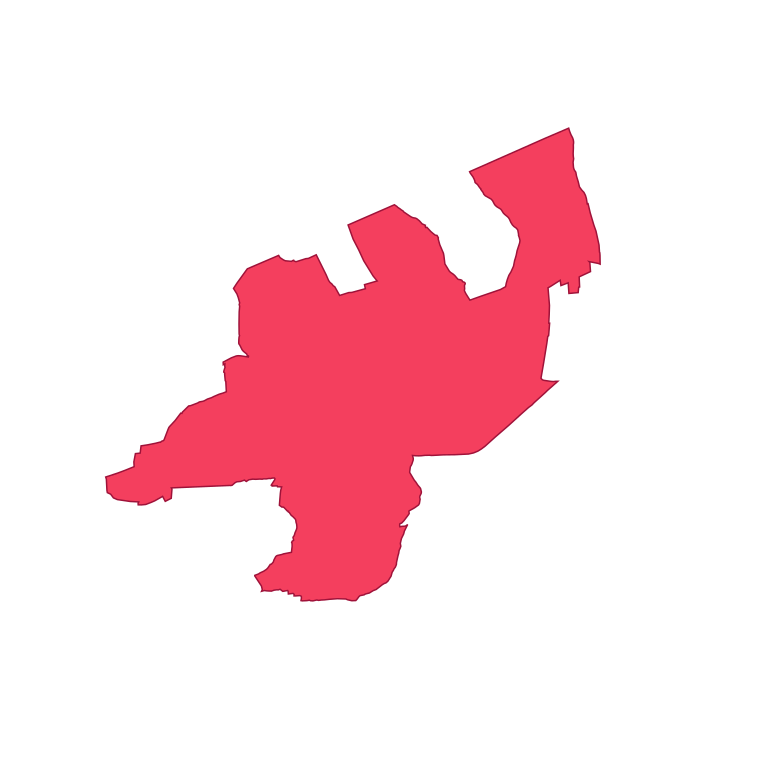 outline of Tepeyanco, Tlaxcala, Mexico, rotated 238°
{"feature_id": "50627088B29939751785966", "entity_name": "Tepeyanco", "entity_type": "district", "adm_level": 2, "iso_a3": "MEX", "parent_name": "Mexico", "parent_adm1": "Tlaxcala", "projection": "equal_earth", "projection_center": [-98.229, 19.247], "detail": "fine", "context": "isolated", "style": "filled", "palette": "rose", "viewbox_px": 768, "rotation_deg": 238, "n_neighbors": 0, "source": "geoboundaries", "source_scale": "gbopen_adm2", "svg_char_len": 6164}
<svg xmlns="http://www.w3.org/2000/svg" viewBox="0 0 768 768"><g transform="rotate(238 384 384)"><path d="M506.9,651.6L518.7,569.1L517.0,568.9L512.6,569.2L510.1,569.0L508.0,568.6L507.0,568.1L506.3,568.1L503.6,569.0L499.3,569.2L498.5,569.6L497.7,569.2L493.9,569.5L492.1,569.2L490.0,569.6L484.1,572.8L481.9,573.2L478.1,572.9L476.5,573.0L474.3,573.7L470.6,575.6L469.1,575.8L465.7,575.8L463.9,576.2L460.4,577.4L459.0,577.7L457.3,577.7L453.8,577.2L450.9,577.2L448.6,577.7L446.3,578.7L444.5,579.0L443.6,579.0L442.6,578.6L439.8,577.5L438.7,576.8L436.4,576.3L433.5,575.3L431.7,573.7L426.5,567.5L423.2,564.4L420.3,561.2L419.7,560.4L415.3,556.3L411.8,551.1L410.0,547.5L407.3,544.0L404.7,541.1L402.1,538.7L402.4,532.9L407.1,512.7L409.6,501.3L417.4,501.3L420.3,501.6L421.0,501.9L421.9,502.8L424.5,504.2L425.3,504.9L425.7,505.7L426.1,506.1L426.7,506.3L427.8,506.0L429.2,504.8L430.1,505.0L430.9,504.9L432.2,503.8L433.1,502.7L433.7,502.2L438.5,501.5L440.5,500.9L443.4,499.6L445.2,499.2L453.6,499.3L461.1,502.8L463.4,503.7L472.5,505.1L478.2,506.8L479.2,507.6L481.9,507.7L483.1,506.3L485.9,505.3L488.5,504.5L494.2,503.4L494.3,502.8L494.7,502.2L496.4,502.8L496.7,503.2L499.6,501.2L503.6,500.5L506.8,499.4L508.0,498.6L509.6,496.8L510.9,495.8L512.5,495.0L519.3,492.0L520.9,491.8L522.1,491.1L524.1,490.4L526.4,489.3L527.8,489.0L530.5,487.8L537.9,437.8L523.2,434.6L511.0,433.6L499.2,432.1L481.4,432.0L475.0,432.8L478.6,420.1L474.7,418.7L478.7,405.3L480.2,402.6L482.6,393.3L492.5,393.8L494.3,393.0L496.5,392.8L498.8,392.0L501.3,391.9L507.3,392.8L529.5,395.0L530.6,386.4L531.7,384.2L534.2,374.6L534.5,374.0L535.9,372.9L536.8,373.0L537.1,371.8L537.0,370.6L540.8,365.6L542.5,364.5L546.3,362.8L548.9,362.8L554.1,329.2L553.9,328.6L547.4,312.6L544.8,307.0L538.3,307.0L534.5,306.2L529.3,304.6L528.0,303.2L526.6,302.9L521.9,299.4L512.0,293.0L503.3,287.7L502.1,287.2L501.5,287.1L500.7,286.0L498.4,284.3L495.7,282.5L494.8,282.2L493.3,282.3L488.3,281.8L486.1,282.1L482.1,283.5L481.1,283.2L480.6,283.2L480.1,283.4L479.7,283.9L479.4,283.9L478.8,283.3L483.9,277.3L485.3,275.3L486.1,273.5L487.1,268.4L487.8,259.2L485.5,257.9L485.4,259.7L483.6,258.4L482.4,258.1L482.0,257.5L479.7,254.9L478.9,254.4L477.7,254.7L476.5,253.9L470.9,251.1L470.0,251.2L461.0,246.2L461.6,242.8L462.7,238.8L463.6,232.9L463.8,230.5L464.8,226.3L465.0,222.7L465.3,221.3L466.5,218.3L466.7,216.9L466.6,216.2L468.1,208.6L468.9,206.7L467.0,198.2L466.2,197.0L467.0,196.2L463.7,187.5L461.7,180.1L461.2,178.6L459.8,176.6L453.5,168.3L453.0,167.5L452.9,166.8L453.3,165.1L453.2,164.2L453.0,163.6L453.5,163.0L454.8,158.9L457.7,151.2L460.3,145.2L454.6,140.6L456.7,136.3L450.5,130.6L446.3,128.3L448.4,116.7L449.6,110.9L452.6,98.7L450.4,98.1L440.5,92.6L438.5,91.8L435.4,93.8L430.8,94.2L427.3,96.6L418.8,106.6L414.0,113.5L413.1,112.2L411.8,111.5L410.1,114.1L408.1,118.1L407.0,123.7L406.4,127.7L406.0,136.7L400.4,136.3L399.8,143.0L407.1,148.4L408.6,148.6L379.6,199.6L379.1,200.2L378.6,201.5L379.2,205.2L379.1,207.3L377.4,210.6L376.4,214.8L375.3,215.1L374.3,215.6L374.4,218.6L372.9,222.2L371.1,224.8L369.2,228.3L367.8,230.3L367.3,231.7L365.9,233.9L364.8,236.6L364.0,237.5L363.5,239.2L362.4,241.2L361.8,241.4L361.3,241.2L360.8,240.7L358.0,234.8L356.8,235.6L356.6,235.3L354.3,239.4L353.3,239.2L351.0,242.7L348.6,240.1L346.4,238.3L336.6,231.0L333.7,232.2L333.2,233.1L332.5,233.7L327.5,234.7L327.2,235.2L326.4,235.0L325.2,235.6L321.8,235.7L320.2,236.3L316.9,237.1L315.5,237.1L313.3,236.1L311.4,235.6L309.0,234.4L308.1,233.8L307.0,232.6L305.0,229.7L303.7,228.3L302.9,227.2L302.4,225.9L302.1,225.5L299.4,224.6L299.3,223.9L299.4,223.0L298.6,221.7L297.5,221.5L295.1,220.1L290.3,216.3L293.2,208.8L293.6,206.9L295.1,202.7L295.2,201.8L295.0,200.7L293.3,197.7L291.6,195.6L290.9,193.0L291.3,192.0L289.6,188.1L289.1,186.1L289.0,182.7L289.5,178.9L289.4,177.0L290.2,173.0L289.8,172.7L277.7,173.0L274.3,171.9L273.9,171.5L273.1,170.3L272.3,173.0L270.5,175.2L268.0,178.8L267.4,181.5L266.1,184.4L265.5,185.0L265.0,187.1L261.9,188.2L261.4,189.1L261.0,190.3L259.9,192.9L258.9,192.8L256.6,191.6L254.6,195.9L253.2,196.3L252.0,195.4L251.3,196.4L249.2,200.4L248.3,201.2L247.3,201.2L245.8,200.2L244.3,198.8L243.4,199.8L241.1,203.9L240.2,206.1L239.0,207.0L237.7,208.9L236.4,212.6L235.2,213.8L234.0,216.4L232.6,218.9L230.4,223.5L226.6,230.7L221.9,237.7L220.3,238.8L217.3,241.8L215.3,245.3L215.7,246.9L217.0,250.2L217.2,251.5L215.7,255.5L215.8,256.8L214.5,260.9L214.5,265.3L213.9,268.4L214.7,276.2L214.7,278.3L214.3,280.4L214.7,282.8L217.3,288.2L220.0,291.1L221.0,293.2L221.9,294.5L222.7,296.6L224.3,298.8L226.1,300.1L230.8,304.7L232.7,306.8L234.8,308.6L236.2,310.7L237.5,312.3L240.2,313.4L243.7,316.9L246.4,321.2L248.4,323.3L252.3,329.6L252.1,327.2L252.6,325.9L253.8,323.8L254.5,321.8L255.2,322.0L256.9,323.1L257.1,323.5L256.7,325.3L257.5,328.5L260.3,335.8L260.9,336.8L262.8,337.6L263.1,338.1L262.8,344.4L263.1,349.2L263.9,350.7L267.2,353.6L268.8,354.1L269.5,354.6L270.0,355.1L271.4,357.4L272.6,358.5L275.9,359.6L276.9,359.6L280.2,359.1L284.3,359.0L286.3,358.7L295.4,358.9L296.0,359.3L299.5,362.2L300.1,362.9L300.5,363.9L301.5,365.4L304.0,368.4L305.4,369.4L308.3,370.3L306.3,372.9L304.6,375.5L303.4,377.6L301.8,380.9L299.5,384.8L298.3,386.3L297.1,388.4L292.4,396.9L286.4,406.8L279.8,418.6L278.1,423.4L277.3,428.1L277.3,432.3L277.7,436.8L280.1,450.4L282.8,467.7L285.8,484.2L287.5,494.2L287.8,498.3L288.6,501.4L291.3,516.5L291.9,519.1L294.2,532.9L295.2,531.3L296.3,529.0L297.8,526.9L302.5,521.4L303.7,520.5L305.7,520.2L317.0,530.3L332.4,543.8L337.6,548.1L337.7,549.2L347.8,556.7L348.3,556.0L355.5,561.0L363.0,566.0L378.7,574.1L378.5,576.6L378.6,588.4L373.7,586.2L372.2,593.8L362.8,588.8L358.6,597.1L362.9,600.4L362.6,601.3L371.3,606.2L371.4,606.5L369.9,618.7L378.1,623.0L379.1,622.8L372.7,629.6L371.1,630.8L378.7,635.4L381.0,636.6L381.6,636.6L387.9,640.0L401.3,644.8L407.6,646.2L419.9,649.6L428.8,652.6L429.0,651.8L434.0,653.9L437.2,654.8L440.5,655.1L443.5,654.5L447.5,654.2L452.6,655.9L458.2,657.4L462.0,658.9L464.5,658.8L466.1,659.1L467.5,659.6L471.9,661.9L474.5,664.2L476.8,665.2L479.3,666.6L483.8,669.7L486.5,671.3L487.9,672.5L489.1,673.2L490.7,673.9L492.7,674.4L496.5,674.7L499.8,675.3L503.1,676.2L506.9,651.6Z" fill="#f43f5e" stroke="#9f1239" stroke-width="1.5"/></g></svg>